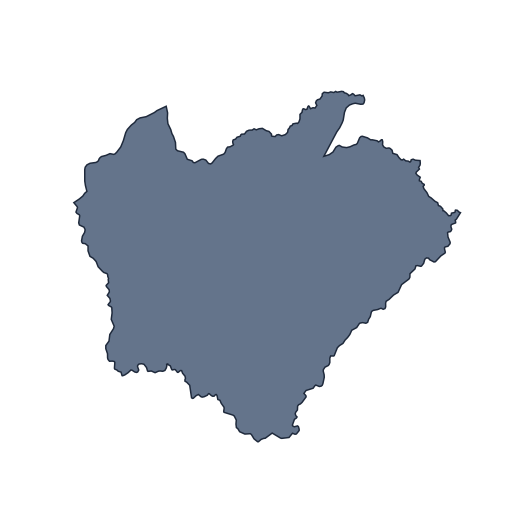 the district of Manzanares, Caldas, Colombia, rotated 13°
{"feature_id": "7082276B1219739961370", "entity_name": "Manzanares", "entity_type": "district", "adm_level": 2, "iso_a3": "COL", "parent_name": "Colombia", "parent_adm1": "Caldas", "projection": "robinson", "projection_center": [-75.127, 5.233], "detail": "fine", "context": "isolated", "style": "filled", "palette": "slate", "viewbox_px": 512, "rotation_deg": 13, "n_neighbors": 0, "source": "geoboundaries", "source_scale": "gbopen_adm2", "svg_char_len": 6086}
<svg xmlns="http://www.w3.org/2000/svg" viewBox="0 0 512 512"><g transform="rotate(13 256 256)"><path d="M260.0,415.5L269.3,416.2L270.8,416.8L273.7,420.3L274.3,424.3L275.5,427.6L277.2,428.4L279.6,430.9L285.2,432.0L290.5,430.4L291.8,431.1L295.2,434.6L299.3,436.6L300.2,436.4L302.2,433.6L304.5,432.0L306.0,431.5L311.6,424.9L320.9,427.9L322.1,427.9L329.0,425.4L331.4,420.5L334.1,420.9L335.4,420.3L337.3,416.4L337.0,415.0L335.7,412.7L334.7,412.2L331.7,413.8L330.0,413.3L329.5,412.6L330.2,406.5L331.8,404.8L332.2,403.6L330.7,402.6L329.7,400.9L329.8,399.4L331.0,396.7L330.3,392.8L331.0,391.3L332.5,390.2L333.8,388.3L336.5,382.0L336.0,380.8L333.6,379.1L335.0,375.8L341.4,372.0L342.6,369.1L343.3,368.3L347.1,368.9L348.7,368.2L349.6,367.1L349.9,365.4L349.8,358.8L349.1,356.4L347.4,353.0L347.2,351.6L348.2,348.8L351.0,346.5L351.6,345.3L351.9,343.2L350.9,338.9L351.2,336.6L354.1,336.0L354.6,335.5L355.9,327.1L357.5,324.5L360.4,321.6L361.7,317.9L363.6,314.8L365.1,311.3L366.0,306.8L370.2,303.1L371.8,298.8L372.4,298.0L374.9,296.9L378.2,296.8L379.7,295.5L380.0,292.2L381.0,289.4L381.0,284.7L381.4,283.7L382.5,282.6L386.6,280.8L389.0,279.1L389.8,278.8L391.9,279.3L393.5,278.2L393.8,276.4L392.9,272.7L393.0,270.8L395.4,268.4L398.8,263.1L402.6,259.4L404.3,251.1L410.3,243.9L410.7,242.1L410.0,238.6L413.8,232.9L414.0,229.6L415.4,229.0L418.8,229.0L419.5,228.6L421.0,225.4L421.2,221.2L422.5,219.5L424.7,219.3L425.9,220.5L430.8,221.8L432.1,221.2L436.1,214.3L439.5,210.6L439.6,209.7L438.1,206.7L437.8,205.3L438.4,204.5L440.8,203.4L442.3,200.4L442.1,198.9L438.8,194.3L437.4,190.2L437.9,189.4L439.8,188.6L440.5,187.5L440.7,185.8L439.4,183.8L439.1,182.0L439.7,181.1L443.0,178.9L443.0,178.2L442.0,176.3L443.0,175.0L445.5,167.8L443.9,167.5L441.9,166.2L440.2,166.3L439.9,166.6L440.1,168.1L439.8,168.8L436.8,170.3L436.9,172.1L436.4,172.9L434.6,173.4L431.7,171.2L428.8,169.7L428.0,169.8L427.4,168.1L424.6,166.1L422.4,165.8L421.0,163.2L418.0,162.4L413.6,160.0L410.9,159.1L408.3,155.8L404.3,152.5L403.2,150.5L404.0,149.1L403.8,148.4L401.7,147.8L400.1,146.1L398.3,146.0L398.0,145.2L398.3,142.3L394.9,140.9L393.2,139.5L393.3,138.2L395.7,134.5L394.5,133.1L395.4,130.5L395.2,128.6L394.4,126.1L389.7,126.8L387.3,126.3L385.6,127.3L385.5,129.1L384.8,129.9L383.0,129.3L380.5,129.6L378.1,128.4L377.0,129.5L375.7,129.6L373.1,127.9L370.6,125.5L366.2,125.2L364.8,122.3L362.7,121.1L361.3,120.8L358.6,121.8L355.9,120.9L354.3,119.2L353.8,116.2L352.9,114.4L352.0,114.5L351.1,116.0L349.6,117.3L348.1,116.5L343.4,116.6L341.5,117.0L338.1,115.8L332.7,115.4L331.5,115.9L330.4,117.5L329.4,123.4L328.6,124.7L326.4,125.8L323.1,128.4L319.9,130.0L315.5,130.4L312.3,129.5L311.3,130.0L309.4,132.0L307.6,137.4L304.5,140.8L299.7,143.6L306.8,116.9L308.7,112.2L310.0,106.8L310.4,103.9L309.9,96.1L310.6,91.4L313.1,87.9L316.0,85.9L318.3,84.8L323.9,84.6L326.1,83.9L326.8,82.4L326.8,79.5L326.0,77.7L324.2,75.4L323.2,76.2L321.0,75.6L316.5,77.6L314.6,76.3L313.4,76.1L312.1,77.7L310.3,78.9L309.3,77.9L307.4,77.2L305.3,77.1L304.3,76.2L302.4,76.3L298.1,78.2L296.6,77.7L295.1,79.2L291.9,79.3L289.7,80.7L285.5,81.1L284.1,82.9L284.4,85.3L283.0,88.7L280.8,89.9L279.9,91.2L279.6,93.3L281.4,95.6L280.3,98.5L278.2,98.7L276.0,100.2L274.0,98.1L273.4,98.0L273.0,98.7L272.6,101.6L271.2,102.2L269.4,101.8L268.7,102.1L268.4,103.2L268.5,105.7L267.0,108.1L268.0,112.5L267.7,115.7L266.7,117.5L265.5,117.5L262.3,118.9L261.7,120.8L260.2,121.7L259.6,124.2L258.8,125.4L259.0,128.4L257.3,131.1L254.0,133.1L250.7,132.6L248.9,133.4L247.8,135.3L244.6,135.7L244.1,135.4L243.7,133.8L240.6,131.7L237.8,131.6L233.5,130.2L230.4,131.3L227.9,133.0L225.5,132.5L223.9,134.2L221.0,134.9L218.7,136.6L217.4,139.7L214.5,140.6L213.9,141.5L213.7,142.9L210.8,144.5L209.8,146.7L207.7,148.0L207.5,149.4L208.0,151.1L209.0,152.5L208.7,153.2L206.2,155.4L203.8,156.3L203.0,158.3L202.6,162.1L201.6,164.0L196.5,167.3L194.7,170.1L192.3,175.2L191.1,176.5L188.9,176.5L185.5,173.8L182.8,173.5L181.0,174.1L175.5,178.9L173.9,179.0L172.3,177.6L167.3,177.2L163.7,172.3L162.0,171.2L155.8,171.1L153.8,169.9L152.0,163.5L148.7,158.1L146.5,155.6L144.5,152.0L140.4,146.9L138.6,141.7L137.7,136.5L134.8,130.3L126.8,136.6L124.7,139.1L117.6,145.0L112.0,147.5L109.1,150.0L107.7,153.2L105.1,156.4L102.2,161.6L101.3,165.1L100.8,173.5L99.7,180.1L97.0,186.1L95.6,188.3L94.5,189.0L90.7,189.1L87.2,191.7L83.0,193.9L81.9,195.3L81.3,196.6L81.0,198.7L80.2,199.8L79.1,200.8L73.4,203.0L70.8,205.2L69.6,207.9L69.7,210.4L72.3,221.5L73.9,225.6L76.7,231.1L75.0,233.4L73.8,236.5L71.1,240.1L66.5,245.0L70.6,248.1L71.2,249.0L70.7,253.7L72.0,254.8L74.6,255.6L75.2,256.5L75.8,263.6L76.9,265.5L81.9,266.6L83.6,268.8L83.7,271.6L82.4,275.8L82.6,280.5L83.4,282.0L84.3,282.6L86.9,282.4L90.1,284.0L91.2,288.8L94.3,293.7L97.8,294.8L100.6,296.7L101.6,297.5L104.6,302.0L109.7,305.4L111.4,306.3L114.8,306.7L115.6,307.5L116.2,309.3L117.4,311.1L117.3,312.2L118.4,315.2L116.6,318.4L117.1,319.4L120.5,321.9L121.2,324.1L119.9,327.8L123.2,330.2L124.3,332.6L124.3,333.3L122.8,336.7L123.4,337.3L126.5,338.2L127.1,338.8L128.6,343.9L129.2,350.3L133.6,356.3L133.5,358.9L131.2,365.3L131.9,372.0L129.8,377.0L130.5,380.1L133.3,384.6L134.3,388.7L135.1,390.1L136.9,391.5L139.7,390.7L141.8,390.7L142.4,391.5L143.3,397.2L143.9,398.0L145.9,398.3L147.7,399.3L150.6,399.5L152.4,402.7L153.0,402.7L154.9,401.4L157.6,398.5L159.8,395.2L161.0,395.2L164.0,396.3L165.9,396.3L166.8,395.6L167.4,393.5L165.5,390.5L165.3,389.4L166.0,387.9L166.8,387.4L168.8,386.7L171.2,386.7L174.4,389.3L176.1,392.3L176.7,392.7L179.9,391.6L183.9,392.4L186.8,390.2L188.4,389.6L191.1,389.3L193.0,388.0L193.8,385.2L193.8,383.0L193.3,381.6L194.3,381.0L195.0,381.7L197.2,382.3L199.2,385.3L200.0,385.9L202.1,384.9L203.0,384.9L205.6,387.0L206.4,386.8L208.1,384.6L209.3,384.4L210.8,386.7L213.9,389.1L214.8,391.1L214.6,392.7L215.0,394.0L216.8,394.5L220.5,396.9L225.1,408.7L226.3,409.0L227.0,408.6L229.1,405.5L231.0,403.9L234.1,405.5L235.3,405.6L237.1,404.8L239.9,402.6L240.7,400.8L241.5,400.7L244.0,402.1L245.5,402.4L246.8,401.9L247.7,400.2L248.5,399.9L249.4,400.7L251.1,404.4L253.3,404.7L255.3,407.4L258.8,410.5L259.2,411.5L259.5,414.7L260.0,415.5Z" fill="#64748b" stroke="#1e293b" stroke-width="1.5"/></g></svg>